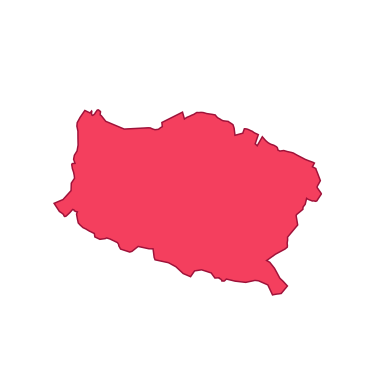 Biriniwa, Jigawa, Nigeria (Natural Earth projection), rotated 42°
{"feature_id": "59680162B74336355497846", "entity_name": "Biriniwa", "entity_type": "district", "adm_level": 2, "iso_a3": "NGA", "parent_name": "Nigeria", "parent_adm1": "Jigawa", "projection": "natural_earth1", "projection_center": [10.065, 12.817], "detail": "fine", "context": "isolated", "style": "filled", "palette": "rose", "viewbox_px": 384, "rotation_deg": 42, "n_neighbors": 0, "source": "geoboundaries", "source_scale": "gbopen_adm2", "svg_char_len": 3559}
<svg xmlns="http://www.w3.org/2000/svg" viewBox="0 0 384 384"><g transform="rotate(42 192 192)"><path d="M57.8,203.1L58.9,211.4L60.3,217.3L62.4,220.1L66.5,223.1L71.7,228.8L76.0,233.4L79.1,238.4L80.0,243.4L82.1,246.9L85.9,249.0L84.0,251.0L84.3,252.1L87.5,254.7L90.7,256.5L93.4,258.5L95.5,260.4L96.4,266.2L101.2,271.9L101.2,281.2L101.2,283.9L99.6,287.3L97.1,292.7L106.5,295.2L107.8,295.0L109.0,294.8L111.5,294.7L112.9,295.4L113.8,295.4L114.5,294.4L114.7,292.9L115.0,289.2L115.0,284.8L116.1,284.3L117.1,284.7L118.6,284.3L119.5,283.9L120.1,283.5L120.3,284.0L121.0,285.7L125.1,288.9L127.1,290.3L128.1,291.1L131.1,291.4L134.9,291.4L137.9,290.5L142.0,289.7L147.2,288.2L149.9,290.4L155.2,288.8L158.7,284.7L159.3,283.3L159.4,283.2L162.5,281.8L170.5,279.5L172.6,280.1L173.6,281.0L177.1,282.2L185.9,278.3L187.1,276.3L188.4,268.5L198.0,263.0L201.1,260.3L207.6,265.9L209.9,267.1L221.8,260.3L230.1,258.3L240.0,258.5L247.6,255.9L246.7,248.9L251.2,243.4L260.4,239.3L266.6,240.6L269.4,237.7L269.7,237.9L269.9,238.0L270.3,237.9L270.6,237.7L271.1,237.7L271.7,237.5L273.0,237.7L273.9,238.1L274.0,237.9L274.1,237.5L274.3,237.5L274.7,237.4L275.3,236.8L275.6,236.4L275.8,233.7L280.0,231.4L283.7,229.4L292.4,223.2L297.9,215.6L300.8,213.5L310.5,210.3L320.7,214.6L321.4,213.6L323.4,211.0L324.6,209.7L326.2,207.7L325.8,198.0L319.5,197.4L315.4,197.3L314.7,197.2L308.9,195.1L304.3,193.5L296.8,192.2L293.3,193.0L295.6,182.5L299.3,172.1L299.7,169.2L298.7,167.9L296.9,166.3L295.2,163.7L293.2,161.6L292.6,145.8L285.2,139.9L285.0,139.5L285.0,139.4L285.0,139.2L284.9,139.1L284.8,138.8L284.9,138.2L286.0,130.7L285.0,129.5L284.5,128.4L284.5,127.0L284.3,125.3L281.4,120.0L283.1,119.8L286.0,118.7L287.4,118.2L288.3,117.2L290.1,116.2L290.7,115.1L289.7,108.7L289.5,107.2L289.3,106.8L288.2,106.4L282.1,105.0L281.3,104.1L280.7,101.3L279.8,97.7L278.1,96.8L271.7,93.5L270.8,93.1L270.2,92.8L269.4,92.4L268.9,92.1L268.6,92.0L268.4,91.8L268.3,91.7L264.6,92.7L264.2,91.0L263.6,88.6L262.0,89.0L256.5,91.2L254.0,92.1L251.9,92.6L246.6,94.0L244.6,94.5L241.3,95.2L239.2,96.2L238.7,96.5L236.4,97.8L236.1,98.0L232.4,99.8L229.9,102.8L227.6,103.3L226.8,102.6L225.8,102.0L225.7,102.0L225.5,101.9L225.4,101.9L225.2,101.9L224.2,101.9L221.5,102.5L220.1,103.1L219.9,103.2L219.8,103.3L218.2,103.9L215.9,104.4L214.8,104.5L214.5,104.5L212.1,104.5L207.3,103.9L209.5,114.0L206.7,113.9L202.9,105.0L200.0,105.9L199.4,106.1L198.1,106.4L196.4,106.5L194.9,107.0L194.0,107.3L192.9,107.6L191.7,108.0L191.0,108.3L190.5,108.6L190.3,108.7L189.8,109.0L188.8,109.8L188.7,109.9L188.6,110.0L190.4,114.3L186.0,121.1L180.6,116.4L177.5,114.6L176.1,114.7L172.3,115.3L171.7,115.3L169.7,116.7L167.5,118.2L165.8,118.8L164.2,119.0L161.7,119.6L160.0,119.6L157.7,119.2L154.9,120.9L152.2,122.7L151.3,123.3L150.4,123.9L149.1,124.5L147.1,125.5L145.3,126.9L144.8,127.5L144.0,128.3L143.9,128.4L143.8,128.5L143.7,128.6L142.7,129.4L142.3,129.8L142.1,130.5L141.7,131.9L141.7,132.2L141.6,132.3L141.6,132.5L141.0,133.9L140.3,135.3L140.1,135.8L140.1,136.0L140.0,136.3L139.9,136.4L139.1,138.2L138.3,139.8L137.5,142.8L131.5,139.0L123.1,160.5L126.2,163.3L125.6,165.2L125.1,167.9L122.8,170.5L120.6,171.5L118.1,172.3L116.6,173.5L99.5,190.6L80.6,197.2L75.4,196.3L73.5,196.0L72.2,196.1L71.7,195.6L71.3,195.1L70.9,194.4L70.2,193.5L69.8,193.4L69.0,193.6L68.1,193.5L67.5,193.6L67.2,193.9L66.8,194.5L66.8,195.1L67.0,195.9L67.0,196.9L67.1,197.7L67.4,198.9L67.3,200.3L67.2,200.6L66.9,201.6L66.4,201.8L65.4,201.3L65.0,201.1L64.8,200.9L64.5,200.5L64.2,200.1L64.0,199.6L63.7,199.2L63.2,199.0L63.3,201.5L57.8,203.1Z" fill="#f43f5e" stroke="#9f1239" stroke-width="1.5"/></g></svg>